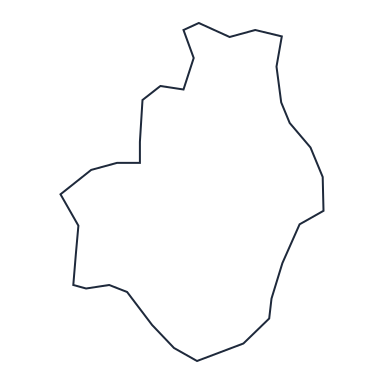 SVG path tracing the border of Vučitrn
{"feature_id": "KOS-5895", "entity_name": "Vučitrn", "entity_type": "District", "adm_level": 1, "iso_a3": "XKX", "parent_name": "Kosovo", "parent_adm1": "", "projection": "mercator", "projection_center": [20.969, 42.808], "detail": "fine", "context": "isolated", "style": "outline", "palette": "slate", "viewbox_px": 384, "rotation_deg": 0, "n_neighbors": 0, "source": "natural_earth", "source_scale": "10m", "svg_char_len": 531}
<svg xmlns="http://www.w3.org/2000/svg" viewBox="0 0 384 384"><path d="M198.8,23.0L229.6,37.0L255.2,30.0L281.8,36.4L276.5,66.6L281.2,102.4L289.7,123.0L310.5,147.5L322.7,177.0L323.5,210.8L299.6,224.3L282.4,263.1L271.5,298.6L269.2,318.5L243.4,343.5L197.0,361.0L174.0,348.0L152.1,325.0L127.1,292.0L109.2,285.0L86.1,288.5L73.3,285.0L75.9,253.6L78.4,225.7L60.5,194.3L91.2,169.9L116.9,162.9L139.9,162.9L139.9,141.9L142.5,100.0L160.4,86.0L183.5,89.5L193.7,58.0L183.5,30.0L198.8,23.0Z" fill="none" stroke="#1e293b" stroke-width="2"/></svg>